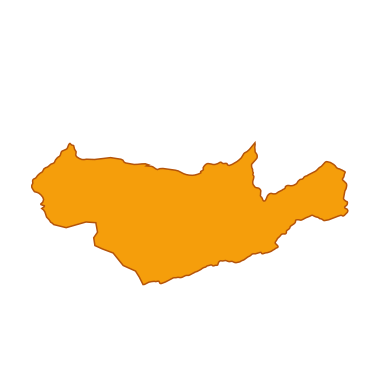 SVG path tracing the border of Menabe, rotated 74°
{"feature_id": "MDG-5878", "entity_name": "Menabe", "entity_type": "Autonomous Province", "adm_level": 1, "iso_a3": "MDG", "parent_name": "Madagascar", "parent_adm1": "", "projection": "natural_earth1", "projection_center": [45.071, -20.047], "detail": "fine", "context": "isolated", "style": "filled", "palette": "amber", "viewbox_px": 384, "rotation_deg": 74, "n_neighbors": 0, "source": "natural_earth", "source_scale": "10m", "svg_char_len": 6053}
<svg xmlns="http://www.w3.org/2000/svg" viewBox="0 0 384 384"><g transform="rotate(74 192 192)"><path d="M111.7,295.9L113.6,294.8L114.5,293.3L114.8,293.0L118.6,293.1L121.2,292.3L122.5,292.7L123.7,293.3L125.0,293.6L126.7,292.9L128.7,291.1L130.4,288.9L131.1,286.8L131.4,284.4L133.9,276.7L136.5,260.8L140.9,251.3L142.3,249.7L144.6,249.0L145.8,247.8L149.6,240.0L150.4,236.7L151.1,232.8L152.0,229.1L153.8,226.5L153.8,227.2L154.3,228.7L156.0,224.2L156.9,222.8L160.0,220.2L160.9,219.1L160.7,216.4L161.4,213.4L166.4,202.1L167.9,199.5L172.1,195.0L173.7,192.7L175.0,190.1L176.1,187.0L176.5,184.5L176.5,180.9L176.0,178.2L174.7,178.0L174.1,175.7L173.7,175.1L173.2,174.8L172.2,174.7L171.8,174.6L170.8,173.6L169.9,172.4L169.2,170.9L168.9,169.5L169.2,168.4L170.5,165.6L171.1,164.7L171.6,163.5L171.9,162.2L171.8,159.4L171.6,158.5L171.4,157.8L171.2,157.0L171.3,156.0L171.6,155.7L172.8,154.8L173.2,154.3L173.6,152.8L173.8,151.5L174.3,150.6L175.8,150.3L176.8,148.9L176.5,145.7L175.1,140.2L174.0,137.6L172.7,135.1L169.4,131.6L168.9,130.6L168.3,127.9L167.0,125.2L162.0,117.9L163.6,118.2L166.5,119.4L168.9,119.8L170.3,120.2L171.0,120.2L173.1,119.5L173.9,119.3L174.7,119.3L175.4,119.4L176.0,119.6L177.0,120.0L177.5,120.5L178.4,121.7L181.3,126.3L181.7,126.9L182.4,127.3L184.0,127.7L185.0,127.8L186.9,127.5L188.4,127.9L189.3,128.0L190.5,127.8L191.7,128.6L192.3,128.7L193.6,128.3L194.4,128.3L196.4,129.3L197.7,130.2L198.4,130.6L200.0,131.1L200.8,131.2L201.6,131.2L203.9,130.4L204.8,130.0L205.6,129.0L206.2,127.7L206.8,126.7L207.7,126.1L208.6,125.7L209.4,125.5L210.1,125.6L211.5,126.2L213.3,126.8L213.9,127.1L214.5,127.3L215.3,127.2L216.4,126.5L218.0,126.2L219.4,126.1L220.1,125.8L220.6,125.3L220.6,124.3L220.2,123.7L219.7,123.1L216.7,120.7L216.2,120.1L215.8,119.6L215.3,118.6L215.1,117.9L215.0,117.1L215.2,116.1L216.0,114.8L216.4,113.8L216.7,112.5L216.7,111.5L216.4,110.7L216.1,109.9L215.8,109.0L215.1,105.2L214.6,103.7L214.5,102.7L214.2,102.0L213.8,101.3L212.8,100.8L212.5,100.6L212.3,99.9L212.1,99.2L212.1,98.2L212.5,97.0L213.3,95.2L213.5,93.9L213.6,92.8L213.1,90.1L212.8,89.4L212.6,88.9L212.2,88.5L210.8,86.9L209.8,84.8L209.8,84.0L210.0,83.0L209.9,82.1L209.6,81.4L208.6,80.2L208.3,79.5L208.1,78.6L208.1,77.0L207.6,75.5L206.1,67.7L205.8,66.9L205.5,66.2L203.9,63.4L203.6,62.7L203.2,61.2L203.0,60.5L200.5,56.5L200.1,55.8L199.9,55.1L199.9,54.3L200.2,53.6L201.4,51.5L201.8,50.8L204.6,48.2L206.4,47.1L208.1,46.5L209.0,45.9L209.7,45.2L210.5,43.8L211.5,42.7L212.4,41.6L213.6,40.5L214.1,39.9L214.6,39.4L215.2,39.3L216.9,40.6L219.1,41.8L219.8,42.4L220.3,43.1L220.9,43.7L221.5,43.9L222.5,43.6L223.8,42.7L226.4,41.3L227.4,41.3L228.4,41.5L230.1,42.3L231.1,42.9L231.9,43.5L232.9,44.6L233.6,45.0L239.8,48.1L240.7,48.2L241.7,47.7L243.2,46.7L243.6,46.2L244.0,45.6L244.5,45.5L245.2,45.5L246.6,46.2L247.2,46.8L247.6,47.4L247.8,48.1L248.1,48.8L248.6,49.4L249.2,49.5L249.9,49.2L251.3,47.6L252.7,47.3L253.8,47.8L254.4,48.4L256.4,51.9L256.7,52.9L256.7,53.5L255.7,54.7L255.5,55.1L255.4,55.6L255.5,58.3L256.4,68.2L256.0,72.5L255.8,73.1L255.5,73.4L254.1,74.5L253.5,75.1L252.8,76.6L252.5,76.8L251.6,77.4L251.0,78.0L250.3,79.4L249.1,81.0L247.9,82.2L247.5,82.8L247.4,83.4L247.4,83.8L247.8,85.6L248.2,89.7L248.7,91.9L249.1,94.2L249.1,94.9L249.0,95.4L248.2,97.0L247.9,97.7L247.6,99.1L247.6,99.8L247.8,100.2L249.3,100.8L249.6,101.1L250.1,101.6L250.7,102.7L251.9,106.4L252.1,106.8L252.6,107.3L253.8,108.2L254.5,109.4L254.9,110.8L255.2,111.5L255.5,111.9L257.1,112.5L257.5,112.8L257.9,113.4L258.0,114.0L257.9,114.5L257.6,115.4L257.4,116.0L257.3,117.0L257.4,117.6L257.6,118.1L258.3,119.0L259.1,120.3L259.8,121.8L260.4,122.8L261.8,124.1L262.5,125.0L263.0,125.6L263.6,126.0L264.0,126.1L264.4,126.0L266.4,124.9L267.5,124.4L267.9,124.4L268.4,124.4L268.9,124.9L269.0,125.5L269.1,126.4L269.2,127.0L269.8,128.5L270.1,129.9L270.8,132.2L271.0,133.7L271.1,136.2L270.8,138.2L270.9,140.7L270.8,141.3L270.6,141.7L270.3,141.9L269.3,142.3L269.0,142.4L268.9,142.7L268.8,143.0L268.9,147.6L268.9,148.1L268.4,149.6L268.2,150.7L268.3,151.4L268.5,151.9L268.7,152.2L269.3,153.5L269.9,156.4L271.4,160.4L271.6,161.3L271.7,162.6L271.8,163.4L272.3,165.2L272.3,165.8L272.1,169.0L271.8,169.9L271.4,170.6L269.9,172.3L269.6,173.0L269.5,173.4L269.3,175.0L269.2,175.4L268.8,176.2L267.1,178.5L267.0,179.2L266.8,181.2L266.6,182.1L266.0,183.2L266.0,183.7L266.1,184.3L266.5,185.2L266.8,185.7L267.8,186.5L268.8,187.1L269.1,187.3L269.3,187.7L269.3,188.1L269.2,188.8L268.9,189.7L268.9,190.2L269.0,191.3L268.9,191.8L268.8,192.2L267.6,193.2L267.4,193.6L267.3,194.0L267.3,194.5L267.3,196.1L267.2,197.5L267.3,198.1L267.7,199.0L267.9,199.7L267.9,201.7L268.1,202.4L268.3,203.3L268.9,204.8L269.8,209.1L269.8,210.6L269.9,211.3L271.1,216.9L271.2,217.7L271.2,218.4L270.8,219.7L270.6,220.6L270.6,221.1L270.6,221.6L271.2,224.8L271.2,226.4L270.9,227.3L270.2,228.8L270.1,229.2L270.0,230.7L269.8,231.7L269.4,233.0L269.4,233.7L271.2,242.4L271.5,246.3L271.5,246.9L271.4,247.3L271.2,247.7L270.9,247.9L270.5,248.1L269.1,248.3L268.8,248.4L268.6,248.7L268.4,249.2L268.3,249.7L268.2,251.2L268.1,251.7L267.5,252.8L267.4,253.3L267.0,255.6L266.8,258.1L266.9,258.9L267.1,259.9L267.5,261.9L267.7,262.9L267.7,263.6L267.5,264.6L259.3,266.1L252.4,268.1L243.7,278.4L228.9,284.6L222.0,293.9L216.7,300.1L208.9,299.1L204.6,293.9L195.0,292.9L191.6,302.2L191.6,322.8L185.2,333.9L183.6,334.8L182.0,336.2L179.5,336.9L176.0,338.7L170.7,338.9L168.4,339.6L166.4,341.0L165.7,338.8L165.4,338.2L164.7,337.7L164.4,337.8L163.7,339.1L162.4,340.7L161.8,340.6L160.6,338.2L158.3,336.7L155.8,336.9L153.2,338.0L151.1,339.4L149.9,340.7L148.3,343.3L147.1,343.8L144.6,344.5L143.2,344.7L141.7,344.3L141.1,343.9L140.2,343.0L139.8,342.7L138.8,342.4L137.9,342.3L137.0,342.0L136.2,341.3L135.9,340.6L135.6,338.7L135.2,337.9L133.6,335.9L132.4,333.6L131.9,332.2L131.7,331.1L131.1,330.0L128.9,327.9L128.3,326.0L128.2,324.1L127.7,322.8L126.4,320.1L126.3,319.3L126.2,317.6L126.0,316.8L125.5,316.0L123.6,314.4L122.2,312.4L121.5,310.9L121.2,309.6L120.5,308.6L117.6,306.7L116.9,305.7L116.3,301.4L116.0,300.4L115.2,299.5L112.7,297.6L111.7,296.4L111.7,295.9Z" fill="#f59e0b" stroke="#b45309" stroke-width="1.5"/></g></svg>